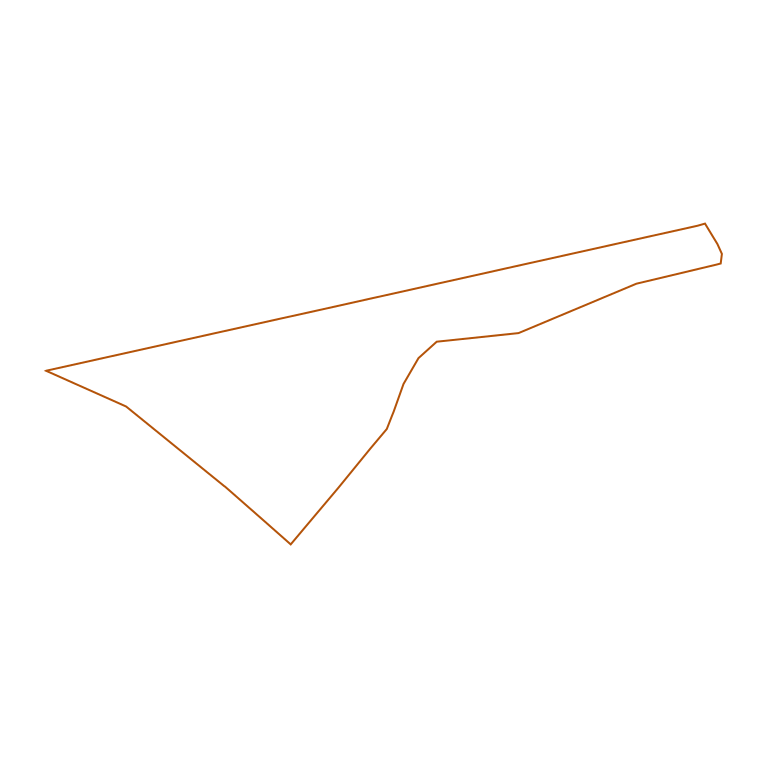 the district of Chiredzi Urban, Masvingo, Zimbabwe
{"feature_id": "62879985B81925630456869", "entity_name": "Chiredzi Urban", "entity_type": "district", "adm_level": 2, "iso_a3": "ZWE", "parent_name": "Zimbabwe", "parent_adm1": "Masvingo", "projection": "mercator", "projection_center": [31.689, -21.032], "detail": "fine", "context": "isolated", "style": "outline", "palette": "amber", "viewbox_px": 768, "rotation_deg": 0, "n_neighbors": 0, "source": "geoboundaries", "source_scale": "gbopen_adm2", "svg_char_len": 545}
<svg xmlns="http://www.w3.org/2000/svg" viewBox="0 0 768 768"><path d="M281.9,318.3L46.3,370.7L46.1,370.8L126.1,406.5L224.2,486.1L225.0,486.6L249.6,508.2L253.2,511.3L256.9,514.6L261.7,518.8L262.5,519.5L290.7,544.4L305.4,526.9L338.6,487.5L370.4,448.5L386.8,429.0L392.1,415.5L393.6,411.8L403.5,384.0L418.5,358.1L436.7,341.7L518.5,333.1L636.4,283.7L716.5,264.6L720.7,263.5L721.9,253.9L717.4,244.0L712.4,235.8L705.0,223.6L697.7,225.7L503.7,268.9L374.6,297.7L373.6,297.9L318.6,310.2L281.9,318.3Z" fill="none" stroke="#b45309" stroke-width="2"/></svg>